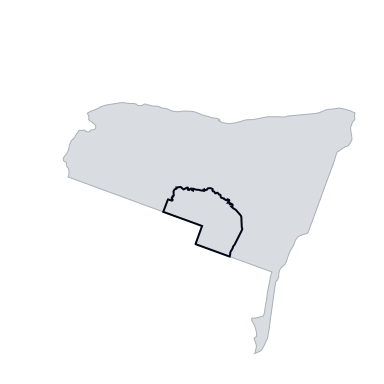 location of Omaheke within Namibia, rotated 110°
{"feature_id": "NAM-3353", "entity_name": "Omaheke", "entity_type": "Region", "adm_level": 1, "iso_a3": "NAM", "parent_name": "Namibia", "parent_adm1": "", "projection": "robinson", "projection_center": [18.894, -22.054], "detail": "medium", "context": "in_parent", "style": "outline", "palette": "ink", "viewbox_px": 384, "rotation_deg": 110, "n_neighbors": 0, "source": "natural_earth", "source_scale": "10m", "svg_char_len": 4668}
<svg xmlns="http://www.w3.org/2000/svg" viewBox="0 0 384 384"><g transform="rotate(110 192 192)"><path d="M286.2,74.5L290.3,73.6L294.3,72.7L298.9,71.9L302.5,71.2L303.5,71.0L312.3,71.8L316.1,72.4L317.4,72.9L319.2,74.4L322.4,77.9L321.5,77.8L315.6,78.5L313.4,79.5L308.3,83.6L307.2,83.1L306.0,82.2L305.0,82.0L302.8,83.0L300.6,84.2L298.1,85.9L296.1,87.5L295.4,88.4L292.3,91.9L291.2,92.4L290.3,92.6L289.9,92.5L289.6,91.0L287.7,87.6L284.6,83.1L283.7,82.6L283.1,82.5L280.8,82.7L274.1,84.0L268.4,85.0L259.8,86.9L250.5,88.3L244.8,89.3L239.8,89.5L239.8,94.0L239.8,103.0L239.8,112.0L239.8,121.0L239.8,130.1L239.7,139.1L239.7,148.1L239.7,157.1L239.7,166.1L239.7,170.1L239.5,170.9L236.7,170.9L230.3,170.9L224.9,170.9L220.5,170.9L220.5,176.3L220.5,182.6L220.5,189.0L220.5,195.3L220.5,201.6L220.5,208.0L220.5,214.3L220.5,220.7L220.5,227.0L220.5,231.8L220.5,232.3L220.4,241.6L220.4,251.4L220.4,261.3L220.4,271.1L220.4,281.0L220.3,290.8L220.3,300.6L220.3,310.5L220.3,313.6L218.3,313.5L214.4,314.7L212.0,316.3L210.9,318.2L209.5,319.4L207.7,319.8L206.9,320.8L207.1,322.4L206.4,323.5L204.8,324.4L202.3,324.1L198.8,322.8L194.3,322.5L188.8,323.2L184.9,322.9L182.5,321.5L180.0,320.8L177.3,320.6L175.8,320.0L172.6,319.0L172.0,317.3L171.6,316.0L170.7,314.7L170.6,313.6L171.3,312.8L171.4,311.4L170.9,309.6L170.0,308.7L168.8,308.7L168.0,308.0L167.7,306.5L166.9,305.4L165.2,304.3L162.8,305.1L161.8,306.4L161.1,308.4L160.5,309.4L160.3,311.1L160.1,312.3L159.5,313.6L158.9,314.1L158.3,313.9L157.1,314.4L154.5,316.3L153.8,317.3L151.6,315.5L145.4,308.7L143.2,307.0L139.9,302.8L132.7,290.0L131.7,287.6L130.3,281.4L128.7,276.8L128.5,274.1L129.2,272.6L128.7,270.6L127.9,268.8L125.4,266.4L124.7,258.4L123.0,253.3L123.3,249.1L122.5,245.2L122.4,242.7L122.7,238.0L121.4,232.6L118.7,227.3L116.2,219.6L115.8,216.3L116.0,207.3L115.5,203.6L115.5,199.3L114.5,194.8L114.1,192.3L114.8,190.4L115.2,191.0L115.9,191.3L116.3,188.7L116.4,186.5L115.2,180.9L112.4,175.1L105.7,165.8L104.1,162.2L103.1,159.3L95.6,147.0L92.3,138.3L90.0,130.8L87.5,127.3L76.1,103.0L73.6,99.1L69.1,94.4L68.0,92.9L66.2,88.5L62.8,82.5L61.9,77.0L61.6,70.7L62.0,65.9L65.1,65.4L67.2,64.1L69.1,64.0L71.1,65.0L73.1,65.1L73.9,64.9L77.5,65.1L79.6,63.9L82.1,62.7L83.5,61.7L85.5,60.7L88.1,59.6L89.6,59.7L91.5,60.1L94.0,60.5L95.4,61.2L97.0,63.5L99.6,65.5L101.5,66.7L103.7,68.3L104.3,69.0L105.3,69.3L105.9,69.4L109.9,69.2L113.5,68.9L117.4,68.9L124.8,68.9L132.2,69.0L139.5,69.0L146.9,69.0L154.3,69.0L161.7,69.0L169.0,69.0L176.4,69.0L179.4,69.0L184.7,69.1L190.2,69.2L190.8,69.3L191.5,69.7L192.0,70.1L193.9,73.0L196.4,75.9L198.5,77.3L201.0,78.1L203.3,78.4L205.5,78.2L209.1,78.6L214.2,79.6L219.4,79.8L224.8,79.5L228.7,80.0L230.9,81.4L233.1,82.4L235.4,82.9L238.6,82.6L242.5,81.5L245.9,81.7L247.4,82.5L248.4,82.5L254.2,81.3L258.8,80.4L265.8,78.9L271.6,77.6L280.2,75.8L286.2,74.5Z" fill="#d9dde1" stroke="#a8b0b8" stroke-width="1"/><path d="M239.8,134.5L239.8,170.1L239.5,170.9L220.5,170.9L220.5,212.2L208.4,212.1L207.1,211.9L207.0,208.0L206.9,207.8L206.7,207.6L206.3,207.5L206.0,207.5L205.8,207.6L204.9,208.8L204.7,209.0L202.6,208.8L202.5,208.7L202.6,208.2L201.4,208.0L197.7,209.6L195.5,209.2L195.2,209.0L194.3,207.9L193.9,207.6L193.7,207.7L193.1,208.2L191.2,204.5L191.2,204.2L192.4,201.1L192.4,200.7L189.5,198.1L189.4,197.8L189.5,197.3L189.6,197.1L189.8,196.9L191.1,196.8L191.2,196.7L191.3,196.5L191.2,195.8L190.9,195.1L189.8,194.8L189.4,194.3L189.1,194.1L189.0,193.7L188.9,193.3L189.1,193.1L190.2,192.6L190.3,192.3L190.3,191.5L188.8,192.0L188.6,192.0L188.5,191.9L188.4,188.9L187.7,186.7L187.5,184.4L186.9,181.6L186.8,181.3L186.0,182.0L185.3,181.4L186.1,180.8L186.1,180.6L185.4,179.8L184.7,178.8L184.6,178.7L183.6,178.6L183.3,178.4L182.7,177.5L182.2,176.3L182.0,175.7L182.2,173.7L182.3,173.5L183.1,173.4L183.8,173.1L184.0,172.9L184.1,172.7L184.1,172.4L183.9,171.9L183.9,171.7L184.6,170.4L185.1,170.1L185.2,169.9L185.1,169.2L184.8,169.0L184.0,167.9L184.1,167.4L184.4,166.8L184.9,166.2L185.1,165.7L185.0,164.4L185.2,164.2L186.8,163.3L187.3,162.6L187.4,162.0L187.2,161.1L187.3,160.4L187.2,159.6L187.7,159.3L187.8,158.9L187.7,157.8L187.7,157.6L188.0,157.3L188.0,157.1L187.8,156.0L187.0,156.1L186.7,156.0L186.7,154.8L186.8,154.4L187.1,154.1L187.5,154.0L189.8,154.6L189.5,153.8L189.4,153.2L190.5,152.4L190.6,151.9L190.7,151.5L190.6,151.2L189.6,151.4L189.7,150.5L189.9,149.7L190.3,149.4L191.6,149.1L192.0,149.0L192.3,149.4L192.4,149.6L193.1,148.0L193.8,144.7L197.2,138.5L197.7,137.8L198.6,137.1L207.8,133.3L208.4,133.0L209.0,132.4L209.4,132.2L209.9,132.1L211.1,132.1L227.2,134.0L228.0,134.4L229.2,134.7L231.1,134.6L233.1,134.9L234.1,135.2L234.8,135.3L236.2,135.2L237.5,134.8L238.7,134.7L239.3,134.5L239.8,134.5Z" fill="none" stroke="#020617" stroke-width="2"/></g></svg>